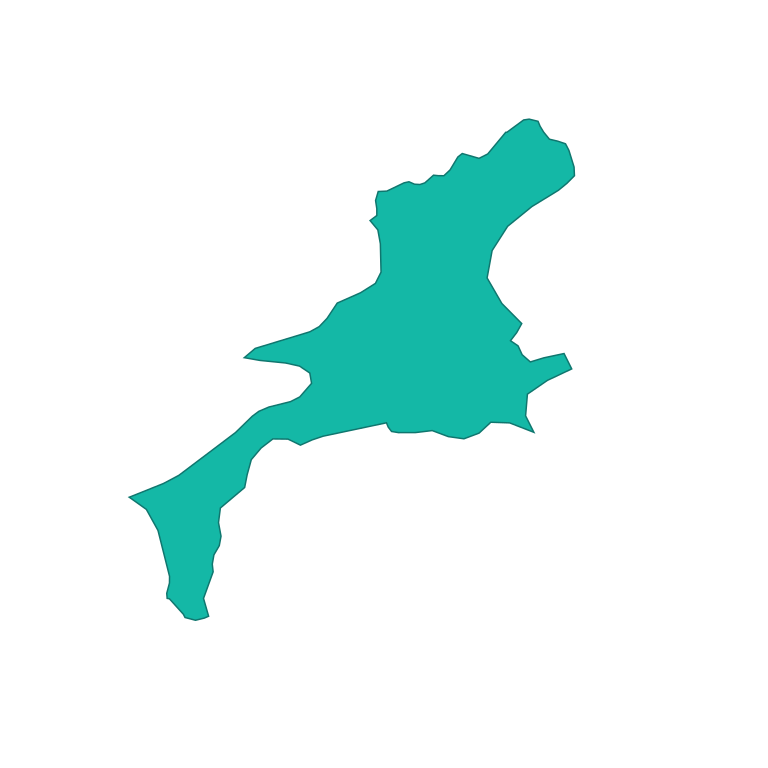 the Province of Muyinga, rotated 213°
{"feature_id": "BDI-2644", "entity_name": "Muyinga", "entity_type": "Province", "adm_level": 1, "iso_a3": "BDI", "parent_name": "Burundi", "parent_adm1": "", "projection": "robinson", "projection_center": [30.357, -2.724], "detail": "fine", "context": "isolated", "style": "filled", "palette": "teal", "viewbox_px": 768, "rotation_deg": 213, "n_neighbors": 0, "source": "natural_earth", "source_scale": "10m", "svg_char_len": 1590}
<svg xmlns="http://www.w3.org/2000/svg" viewBox="0 0 768 768"><g transform="rotate(213 384 384)"><path d="M423.7,79.8L426.8,81.6L447.0,87.0L449.1,86.1L452.2,90.1L455.5,100.2L459.1,105.9L493.8,138.1L515.0,149.4L536.0,150.3L514.8,180.4L506.3,195.7L482.1,262.4L476.9,285.3L474.1,292.9L468.0,302.0L452.8,318.3L447.6,327.3L445.1,345.1L452.2,352.8L464.6,353.0L478.0,348.0L500.9,336.2L515.5,330.0L511.4,343.7L474.7,387.3L469.6,396.8L467.5,408.0L467.3,426.4L453.4,447.7L446.0,463.7L447.4,476.2L463.4,499.6L473.1,509.9L484.7,513.5L481.8,521.4L485.5,527.1L491.0,533.3L493.7,542.3L493.4,542.5L486.7,547.3L476.7,563.7L473.2,567.2L467.2,568.2L462.5,570.9L459.3,574.9L456.2,586.1L451.7,588.4L447.2,591.3L445.2,599.5L445.7,614.6L443.9,619.9L427.2,625.0L422.3,633.4L419.0,661.4L418.0,662.1L410.7,681.5L406.5,685.2L397.9,688.2L393.5,685.2L387.3,682.2L378.6,679.4L370.5,682.3L362.6,684.3L356.1,680.6L342.8,669.5L337.7,662.4L339.9,651.9L343.2,641.5L356.6,613.4L366.2,583.6L366.0,554.8L355.3,529.1L329.0,515.7L301.4,509.7L300.7,499.4L301.5,489.2L292.3,489.0L284.1,483.8L273.3,482.2L264.2,493.0L249.6,507.6L234.8,498.9L248.9,476.1L258.2,453.6L247.9,434.4L232.0,425.1L257.5,419.8L273.6,410.1L277.5,394.6L287.1,381.6L301.4,374.9L318.2,371.2L331.4,360.2L345.4,351.1L351.8,348.3L356.9,350.1L360.8,352.8L406.6,307.1L413.9,297.9L420.8,287.2L434.5,285.5L447.3,277.4L452.2,263.4L454.1,248.3L449.4,233.5L444.5,221.3L453.7,190.9L447.3,177.6L437.8,167.6L434.1,158.7L433.6,148.1L429.9,139.4L425.0,133.4L418.6,105.9L404.6,93.7L407.2,89.8L413.4,83.2L423.7,79.8Z" fill="#14b8a6" stroke="#0f766e" stroke-width="1.5"/></g></svg>